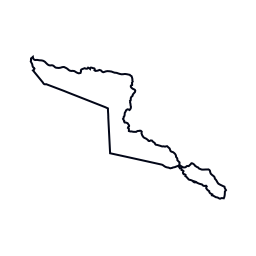 the district of Campinorte, Goiás, Brazil, rotated 98°
{"feature_id": "56859067B34787667002337", "entity_name": "Campinorte", "entity_type": "district", "adm_level": 2, "iso_a3": "BRA", "parent_name": "Brazil", "parent_adm1": "Goiás", "projection": "equal_earth", "projection_center": [-48.948, -14.012], "detail": "fine", "context": "isolated", "style": "outline", "palette": "ink", "viewbox_px": 256, "rotation_deg": 98, "n_neighbors": 0, "source": "geoboundaries", "source_scale": "gbopen_adm2", "svg_char_len": 4435}
<svg xmlns="http://www.w3.org/2000/svg" viewBox="0 0 256 256"><g transform="rotate(98 128 128)"><path d="M184.3,23.4L183.4,23.2L182.8,23.0L180.8,22.9L177.3,23.2L175.9,22.3L175.2,22.9L174.5,23.5L173.8,23.9L172.7,24.3L172.2,26.1L171.3,28.9L170.6,30.7L169.6,31.7L167.5,33.3L166.9,33.9L166.1,34.9L165.0,35.3L164.4,35.7L163.8,36.4L162.9,38.0L161.8,39.6L161.0,40.1L160.1,40.5L158.8,41.0L158.1,41.8L157.8,42.8L158.1,43.8L158.2,44.9L158.4,45.9L158.8,48.0L158.9,49.2L158.6,50.6L158.2,52.1L157.3,53.1L157.1,54.1L156.1,56.3L155.5,56.8L155.0,57.4L154.6,58.1L154.1,59.2L154.1,60.3L154.8,60.7L155.5,61.1L156.1,61.7L156.7,62.1L157.3,62.6L157.4,64.2L158.0,64.9L158.7,65.4L159.1,66.2L159.3,67.4L159.1,68.4L158.1,70.8L157.5,71.6L156.9,72.1L155.6,72.1L154.9,72.2L153.7,73.8L152.9,74.7L151.8,74.8L151.0,75.2L149.9,76.4L148.6,76.7L147.8,77.2L147.1,77.8L146.2,79.0L145.6,80.2L145.4,81.7L145.0,82.5L143.8,83.3L142.5,83.9L141.8,85.0L140.6,86.7L140.8,87.6L141.3,88.7L141.2,90.2L141.5,91.5L141.4,92.4L141.2,93.3L140.9,95.4L140.7,96.7L140.7,98.0L140.3,98.7L139.0,99.6L138.6,100.5L138.1,101.4L137.1,102.6L137.2,103.9L137.9,104.8L137.9,105.9L137.2,106.5L136.5,107.7L136.1,108.4L135.8,109.3L135.5,110.4L134.9,111.5L134.2,112.0L133.6,112.7L132.7,113.2L132.1,113.5L131.4,113.9L130.6,113.9L129.7,113.9L129.0,114.9L129.0,115.9L129.4,116.6L129.5,117.7L129.9,118.5L130.7,119.4L130.8,120.5L131.0,121.6L131.0,123.0L130.9,124.0L131.1,125.3L130.9,126.7L129.5,126.9L128.5,127.1L127.9,128.1L127.0,127.9L126.3,127.2L125.3,127.3L123.3,129.1L122.9,130.7L123.0,132.1L122.1,132.8L121.5,132.7L120.6,133.5L119.7,134.2L118.6,133.7L117.5,133.8L116.5,133.2L115.0,133.2L113.8,133.3L113.1,133.2L112.2,132.7L110.8,132.4L109.6,131.2L109.6,130.0L110.0,129.0L109.1,128.4L107.9,128.0L106.7,128.0L105.2,128.6L104.3,128.8L103.5,129.0L102.5,129.5L101.5,129.5L100.8,129.8L100.1,129.2L98.9,129.3L98.0,129.4L96.5,128.9L95.8,128.1L95.2,127.9L94.2,127.9L92.9,127.1L92.0,126.5L91.4,126.1L90.0,126.0L89.3,126.5L88.9,127.3L88.5,128.8L87.7,130.1L87.0,130.8L86.1,131.1L85.4,130.8L84.9,129.9L84.0,130.0L82.7,130.4L81.3,129.8L80.7,130.1L79.9,130.4L79.1,130.4L78.3,130.7L77.3,131.1L76.1,131.8L75.7,133.0L75.1,133.6L75.0,135.3L74.9,136.5L74.9,137.9L75.0,138.9L75.3,139.9L75.7,141.8L75.6,143.5L75.4,144.9L75.0,146.8L75.0,147.8L75.1,148.8L74.8,150.5L74.4,152.2L74.4,153.1L74.4,154.9L74.6,156.5L75.0,157.8L75.8,159.3L76.2,160.3L75.9,161.3L74.7,162.9L74.5,164.5L75.1,165.3L75.6,166.5L76.0,168.2L75.5,169.2L74.9,169.0L74.2,169.2L73.7,169.6L73.6,170.6L73.5,171.6L73.3,172.3L73.4,173.3L73.9,173.8L74.8,173.8L74.2,174.8L73.8,175.9L74.6,176.3L75.0,176.9L75.1,178.1L74.8,179.2L75.7,180.9L76.3,181.9L76.7,182.4L77.4,182.7L78.0,182.5L78.8,182.4L79.4,182.6L80.1,182.7L80.7,184.3L80.5,185.6L80.0,187.1L79.6,187.9L79.1,189.1L79.1,190.6L79.4,192.2L79.3,193.6L78.7,195.0L78.2,195.6L77.7,196.5L77.3,197.4L77.0,198.2L76.5,199.9L76.8,201.3L77.2,202.3L77.6,203.0L77.9,203.9L78.2,205.1L78.3,207.1L78.2,208.2L77.7,209.1L77.1,209.9L76.5,211.2L76.5,212.3L76.9,213.9L76.8,215.2L76.3,216.4L75.1,218.1L74.2,219.2L73.7,220.1L73.2,221.6L73.1,223.3L73.3,224.8L73.2,227.2L73.4,228.5L73.6,229.5L73.3,230.5L72.6,231.4L72.0,231.7L71.4,231.9L70.8,232.1L71.8,232.9L72.6,233.7L73.7,233.6L74.7,233.4L75.5,233.6L76.1,233.2L76.9,232.6L78.2,231.7L79.5,231.3L80.4,230.9L81.1,230.3L81.6,229.4L82.3,228.9L83.0,229.4L83.6,229.3L84.2,230.1L94.9,218.5L95.6,218.0L96.2,217.1L96.3,216.2L96.0,215.1L100.2,196.5L101.2,192.5L110.5,153.6L111.4,150.6L112.7,150.4L114.9,150.0L117.2,149.5L117.9,149.4L119.4,149.1L120.3,149.0L154.0,142.5L155.5,142.2L156.8,124.9L158.7,100.5L159.5,90.3L159.6,89.2L160.0,88.1L160.5,87.2L161.0,86.2L161.4,85.0L161.6,83.6L161.6,82.2L161.9,81.3L162.0,80.4L161.6,79.5L161.3,78.6L160.8,77.9L160.5,76.9L160.1,75.9L159.7,75.3L159.1,74.2L158.5,73.1L159.4,72.1L160.0,71.5L160.7,71.0L160.4,69.8L161.1,69.3L162.2,69.1L162.3,68.1L163.0,67.0L164.4,67.4L165.3,67.1L166.0,66.4L165.9,65.5L166.5,64.4L167.7,64.5L168.1,63.5L169.1,62.4L169.7,61.6L170.4,60.9L170.7,60.2L170.8,58.7L171.2,57.0L172.1,55.8L172.6,54.7L172.4,53.5L171.8,54.0L172.0,52.9L172.7,51.8L173.3,49.5L173.4,48.6L173.6,46.9L174.5,45.8L174.8,44.6L174.6,43.7L174.3,42.6L174.9,41.9L175.6,42.2L176.7,42.2L177.6,41.4L178.1,40.9L178.9,39.6L179.2,38.8L179.8,38.7L180.6,38.2L181.2,37.5L181.5,36.8L182.0,35.3L183.0,35.5L183.1,34.4L183.6,33.1L184.0,32.1L184.3,31.4L184.3,30.5L184.4,29.5L185.0,28.0L185.2,27.0L184.5,25.9L184.3,24.7L184.3,23.4Z" fill="none" stroke="#020617" stroke-width="2"/></g></svg>